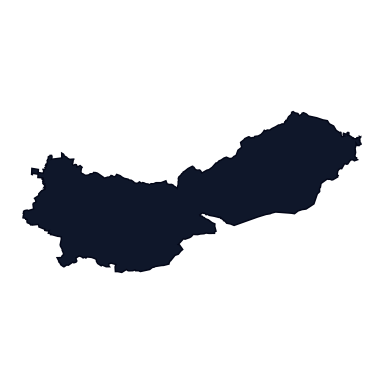 Remetea, Bihor, Romania
{"feature_id": "2599482B38217862472768", "entity_name": "Remetea", "entity_type": "district", "adm_level": 2, "iso_a3": "ROU", "parent_name": "Romania", "parent_adm1": "Bihor", "projection": "robinson", "projection_center": [22.374, 46.741], "detail": "fine", "context": "isolated", "style": "filled", "palette": "ink", "viewbox_px": 384, "rotation_deg": 0, "n_neighbors": 0, "source": "geoboundaries", "source_scale": "gbopen_adm2", "svg_char_len": 5950}
<svg xmlns="http://www.w3.org/2000/svg" viewBox="0 0 384 384"><path d="M182.7,249.5L179.4,244.8L178.2,244.5L183.6,238.6L185.0,239.2L189.6,237.6L191.4,236.5L193.1,234.4L197.7,234.6L200.2,234.0L204.1,233.7L206.0,233.0L209.0,233.4L214.5,233.3L214.6,232.1L215.4,231.4L216.0,231.2L214.7,226.2L214.9,223.9L212.1,222.7L208.3,219.8L205.3,218.7L204.2,217.6L202.5,216.9L202.1,216.2L200.0,215.7L199.7,214.9L202.7,212.8L203.7,213.3L204.9,213.3L206.1,214.7L207.4,214.4L208.8,214.8L209.0,215.3L214.1,216.2L219.3,217.5L220.4,217.3L220.9,217.8L220.6,218.0L220.7,218.3L222.0,218.8L223.7,220.1L223.6,220.6L224.9,221.1L226.7,223.2L230.4,223.9L234.1,225.4L257.6,217.0L266.0,214.4L270.2,213.7L271.4,213.1L275.6,212.0L291.5,213.2L294.5,213.7L298.1,210.9L302.0,209.6L306.1,209.0L313.9,203.9L317.3,193.9L319.4,191.9L319.7,191.3L319.5,189.9L319.7,188.1L320.4,187.3L321.0,183.5L326.6,179.4L327.8,179.0L328.6,179.3L330.3,179.2L331.4,179.9L332.8,179.8L337.6,177.0L337.3,176.2L338.0,175.9L338.2,175.5L337.3,174.9L337.2,174.1L337.8,170.9L338.8,169.5L340.2,168.5L341.7,168.7L344.4,163.9L344.8,163.7L346.7,164.2L347.7,164.0L350.1,160.5L350.9,159.9L353.3,159.8L354.3,160.8L357.5,159.7L356.5,158.9L356.3,158.3L356.5,157.8L355.3,157.4L354.9,155.5L355.6,152.6L355.1,148.1L356.2,145.1L356.1,143.3L356.8,144.3L356.9,145.1L357.9,145.6L358.5,145.4L359.0,145.6L359.5,144.9L361.0,144.3L360.9,143.3L360.1,142.6L359.6,141.8L360.1,141.0L359.4,140.4L359.4,139.5L359.8,139.3L360.0,137.6L360.7,137.2L360.7,136.8L360.2,137.1L359.4,136.5L359.4,137.4L356.9,137.7L356.8,138.0L357.1,138.4L356.7,138.8L352.6,138.6L353.1,137.8L352.4,137.6L350.5,136.2L350.0,136.4L349.2,135.3L348.0,135.4L348.9,133.8L348.9,132.9L348.8,132.6L347.8,132.4L347.1,133.0L348.1,134.0L347.8,134.1L346.3,134.2L343.5,133.3L343.2,134.8L343.4,135.7L344.3,136.1L342.6,136.7L341.6,136.6L341.1,135.0L341.0,132.7L340.7,132.3L339.8,132.7L336.2,130.4L333.6,126.0L329.3,123.8L327.4,120.7L323.0,119.9L316.8,117.8L308.5,116.0L306.4,114.0L303.5,112.7L302.0,113.3L301.7,114.4L299.4,115.6L298.3,114.7L298.4,114.2L297.8,113.5L294.8,112.8L293.1,111.6L291.7,112.3L292.0,112.8L290.9,114.8L288.6,116.7L286.7,120.5L285.8,120.5L285.5,121.5L284.8,121.8L284.5,123.0L283.7,124.1L282.1,123.9L280.1,124.9L278.5,125.0L275.4,126.9L272.0,128.5L269.6,130.2L267.2,130.0L265.8,131.0L264.3,130.3L263.0,132.4L261.0,134.5L258.2,136.0L254.8,136.4L254.4,136.8L254.2,137.7L252.1,137.6L251.1,138.0L250.3,137.8L249.6,137.0L248.6,136.8L244.8,138.6L243.9,139.8L240.6,142.4L241.2,145.3L241.6,146.1L241.4,147.6L238.0,150.2L236.3,154.9L235.6,155.7L234.0,156.4L232.4,158.0L231.2,158.5L229.4,158.5L226.4,157.2L223.9,158.1L221.2,160.0L219.0,160.9L217.3,162.8L216.0,163.0L212.2,167.3L208.9,169.7L207.0,170.1L201.9,173.0L200.4,170.6L199.6,170.0L197.2,170.2L196.0,169.8L195.3,169.4L193.9,167.3L193.2,167.0L192.7,166.3L192.1,166.4L188.1,168.5L185.0,171.0L183.2,172.1L183.3,172.5L181.7,173.8L180.8,175.2L178.8,177.0L178.3,178.5L178.6,180.6L178.2,181.3L178.2,184.4L177.0,188.5L175.1,186.7L174.3,186.4L173.2,185.2L171.6,184.4L169.3,184.5L167.1,183.9L165.9,180.8L161.0,182.7L156.0,182.7L153.4,183.8L151.1,183.7L149.2,184.8L148.1,184.0L145.9,183.8L143.8,182.8L142.5,182.6L142.1,183.0L141.2,183.1L139.5,181.9L138.9,182.3L138.9,182.6L136.9,183.4L134.1,182.8L133.8,182.0L131.4,180.3L129.1,180.0L128.2,179.2L124.4,178.4L122.3,177.3L120.2,175.7L116.7,174.4L116.4,174.7L116.4,175.2L115.0,176.7L113.3,176.5L112.1,175.7L111.0,175.5L110.3,176.5L108.8,177.2L107.8,177.1L104.3,178.2L103.7,177.5L97.5,173.2L95.6,172.6L93.6,172.5L93.1,173.4L92.4,173.7L90.2,173.8L88.8,174.9L86.5,175.3L84.8,175.2L83.4,174.1L81.6,173.3L80.9,172.3L81.1,169.9L81.5,168.1L82.1,167.3L80.1,165.6L77.9,166.8L77.0,166.9L77.1,166.4L76.3,164.7L75.2,164.5L73.3,165.3L72.4,164.4L72.3,163.5L72.8,163.1L73.2,160.0L73.7,159.5L73.7,159.1L69.7,159.4L67.6,158.3L66.6,157.2L64.2,155.9L64.0,155.0L63.4,154.1L61.7,153.1L61.8,158.0L51.2,159.3L51.9,157.7L52.0,156.6L51.6,155.4L50.1,155.4L49.9,156.1L48.4,156.7L48.1,159.2L47.7,159.5L47.1,160.8L47.5,161.7L46.7,164.6L46.5,164.0L46.1,164.1L45.5,165.5L46.2,165.7L46.2,166.1L45.9,166.9L45.0,167.5L45.5,168.0L45.0,169.3L43.0,169.4L43.1,169.8L43.5,169.9L43.9,170.8L43.0,173.3L38.2,172.5L38.4,169.5L31.9,168.4L31.6,174.4L32.4,174.6L32.5,173.3L38.1,174.2L37.9,177.5L42.8,177.8L43.1,178.3L42.1,178.8L42.2,179.3L43.5,179.7L43.6,180.1L43.1,180.4L43.6,181.1L42.8,181.5L43.3,182.5L42.9,182.7L42.8,183.2L43.4,184.0L43.7,183.7L44.4,183.9L43.8,184.3L44.5,184.9L43.9,185.3L44.9,185.2L45.2,186.0L44.6,186.3L44.6,187.3L44.2,187.1L43.7,187.8L44.4,187.8L44.5,188.5L45.0,188.3L44.8,188.7L45.0,189.2L41.6,190.8L38.8,193.8L38.8,195.5L34.5,198.3L35.5,199.8L35.9,201.9L35.7,202.3L33.4,203.2L33.0,204.3L33.6,209.0L28.3,210.6L27.2,210.1L25.0,210.5L23.6,211.3L23.7,211.8L23.3,213.4L24.0,213.4L24.1,214.0L23.4,215.4L23.0,217.8L25.5,218.3L25.7,219.3L27.0,219.5L27.0,221.8L27.3,222.7L29.6,223.6L30.9,225.0L32.4,224.6L32.5,225.0L38.2,224.4L38.9,225.9L38.9,226.9L44.9,229.3L44.8,230.4L47.4,230.9L49.3,230.6L48.3,233.2L50.9,233.8L50.7,234.6L52.1,234.7L57.8,236.3L60.0,236.5L61.3,237.1L61.3,239.3L60.2,244.8L60.5,246.2L62.2,249.1L62.2,250.3L63.4,253.0L63.6,254.6L62.3,255.6L61.5,257.2L61.0,257.6L57.1,257.7L58.6,260.5L59.3,261.2L58.8,261.8L61.0,264.2L61.2,264.6L60.9,264.8L63.5,266.7L64.2,266.7L66.6,265.0L68.4,265.2L72.8,262.1L73.8,262.8L75.9,262.2L76.7,261.3L76.7,260.5L76.2,259.8L76.0,257.9L79.1,256.0L81.3,256.6L83.1,257.9L84.9,257.2L85.9,258.0L87.1,256.9L91.6,257.4L94.4,258.4L95.8,259.1L96.3,259.6L96.5,261.4L97.7,263.5L101.2,265.8L102.2,265.0L106.1,266.7L109.5,266.7L108.8,265.7L108.8,263.9L111.1,263.1L115.9,264.5L115.1,266.9L115.4,271.6L117.9,271.6L121.8,272.4L126.4,269.5L127.7,270.5L128.6,270.8L132.7,270.7L134.1,270.3L134.6,269.8L135.5,270.1L135.6,270.7L138.6,270.7L140.4,271.5L149.7,269.5L152.4,267.4L154.2,267.1L155.2,266.5L161.5,265.5L163.6,265.4L168.7,264.1L168.5,263.7L169.1,263.3L169.8,261.1L170.5,260.9L175.0,255.3L178.3,254.2L180.7,251.2L182.7,249.5Z" fill="#0f172a" stroke="#020617" stroke-width="1.5"/></svg>